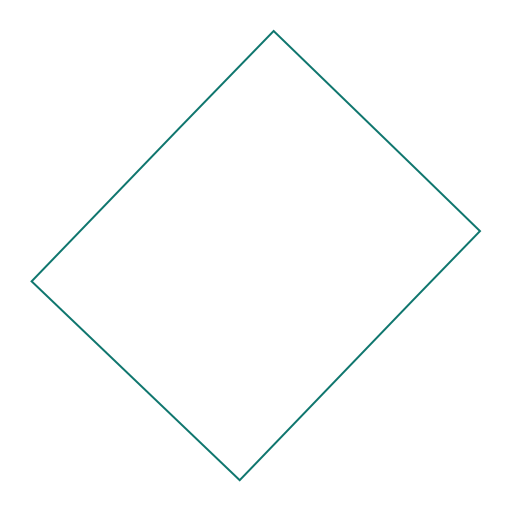 Garfield, Oklahoma, United States of America (Albers equal-area conic projection), rotated 134°
{"feature_id": "52423323B99576880853175", "entity_name": "Garfield", "entity_type": "district", "adm_level": 2, "iso_a3": "USA", "parent_name": "United States of America", "parent_adm1": "Oklahoma", "projection": "albers", "projection_center": [-97.826, 36.379], "detail": "fine", "context": "isolated", "style": "outline", "palette": "teal", "viewbox_px": 512, "rotation_deg": 134, "n_neighbors": 0, "source": "geoboundaries", "source_scale": "gbopen_adm2", "svg_char_len": 282}
<svg xmlns="http://www.w3.org/2000/svg" viewBox="0 0 512 512"><g transform="rotate(134 256 256)"><path d="M82.5,112.2L82.2,199.7L81.9,399.6L217.3,400.0L313.8,399.9L430.1,399.8L428.6,112.0L428.1,112.0L178.5,112.4L82.5,112.2Z" fill="none" stroke="#0f766e" stroke-width="2"/></g></svg>